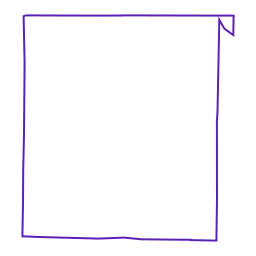 outline of Boone, Arkansas, United States of America
{"feature_id": "52423323B14663422134470", "entity_name": "Boone", "entity_type": "district", "adm_level": 2, "iso_a3": "USA", "parent_name": "United States of America", "parent_adm1": "Arkansas", "projection": "natural_earth1", "projection_center": [-93.068, 36.306], "detail": "fine", "context": "isolated", "style": "outline", "palette": "violet", "viewbox_px": 256, "rotation_deg": 0, "n_neighbors": 0, "source": "geoboundaries", "source_scale": "gbopen_adm2", "svg_char_len": 461}
<svg xmlns="http://www.w3.org/2000/svg" viewBox="0 0 256 256"><path d="M216.4,240.6L217.0,198.3L216.9,120.8L217.5,112.2L219.3,19.8L224.4,28.7L233.3,35.1L233.6,15.6L214.7,15.6L132.3,15.4L131.8,15.4L123.3,15.4L122.6,15.5L105.1,15.6L93.3,15.6L27.3,15.4L26.0,15.4L23.6,16.2L24.6,62.9L24.0,133.7L23.2,171.3L23.0,202.8L22.4,236.3L39.3,237.0L98.3,238.6L124.2,237.6L141.3,239.3L190.9,239.8L190.9,240.1L216.4,240.6Z" fill="none" stroke="#5b21b6" stroke-width="2"/></svg>